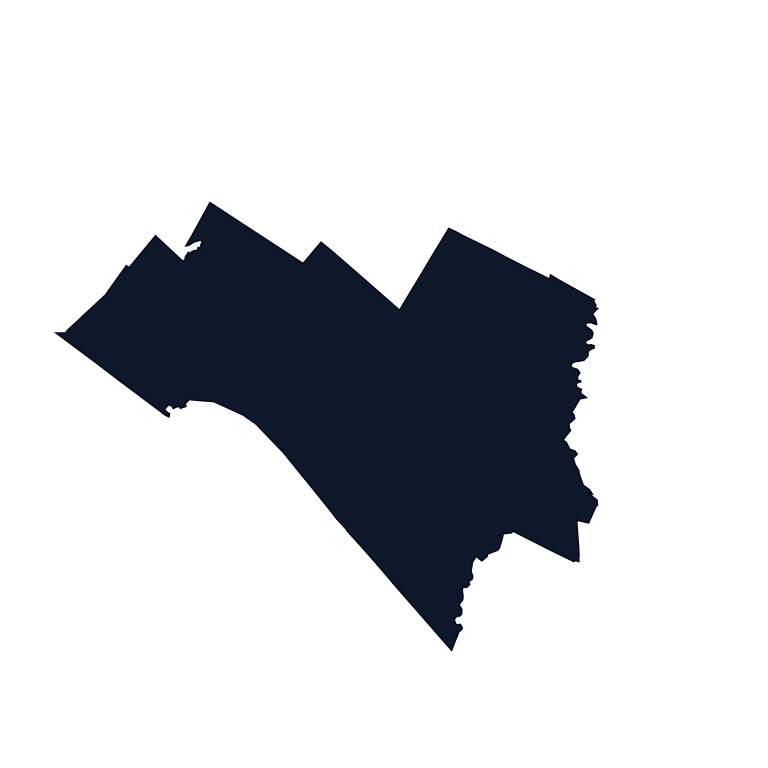 outline of Ungheni, Arges, Romania, rotated 49°
{"feature_id": "2599482B46615052617828", "entity_name": "Ungheni", "entity_type": "district", "adm_level": 2, "iso_a3": "ROU", "parent_name": "Romania", "parent_adm1": "Arges", "projection": "equal_earth", "projection_center": [24.938, 44.514], "detail": "fine", "context": "isolated", "style": "filled", "palette": "ink", "viewbox_px": 768, "rotation_deg": 49, "n_neighbors": 0, "source": "geoboundaries", "source_scale": "gbopen_adm2", "svg_char_len": 3374}
<svg xmlns="http://www.w3.org/2000/svg" viewBox="0 0 768 768"><g transform="rotate(49 384 384)"><path d="M629.4,507.7L626.6,502.6L622.9,495.5L622.7,494.7L621.0,491.6L620.2,490.8L620.3,489.7L620.0,485.5L617.4,484.2L615.2,484.4L613.9,487.0L611.4,487.2L607.9,485.5L607.1,482.5L607.8,480.3L608.9,479.0L608.5,476.2L605.0,473.1L600.7,472.5L599.2,470.5L598.8,466.9L597.1,464.5L594.2,462.4L591.0,460.2L589.6,458.6L589.9,456.8L591.0,456.0L591.8,454.1L591.5,450.8L588.7,449.8L589.1,445.2L587.1,443.0L582.5,441.3L576.4,433.9L575.0,428.8L574.5,427.5L581.7,426.2L581.8,419.5L580.3,417.2L583.9,407.6L583.9,407.4L583.6,404.6L577.2,394.7L575.2,392.4L580.0,385.3L579.4,383.3L620.0,366.8L642.5,357.2L642.8,355.3L645.8,353.4L643.2,351.3L641.5,349.4L634.7,344.1L613.1,327.9L617.2,325.0L623.1,320.7L615.1,303.5L615.6,302.6L611.5,299.4L603.9,300.9L600.3,301.3L603.8,299.0L598.9,298.3L591.0,300.0L581.1,296.2L576.8,293.6L570.2,292.6L564.2,289.9L563.7,284.1L559.6,283.9L555.3,286.6L547.5,284.7L543.7,285.8L542.6,280.2L541.4,273.6L539.1,273.3L535.3,270.5L535.2,262.6L531.1,260.7L528.8,261.4L523.7,245.8L527.0,240.2L522.6,241.1L520.7,241.9L518.5,240.1L517.6,238.6L516.0,239.1L513.8,240.5L510.5,239.4L509.7,237.7L511.5,234.2L510.5,233.5L508.3,235.4L505.5,233.3L504.0,228.9L500.0,228.4L494.2,231.8L491.6,229.1L492.2,225.9L494.7,221.8L497.2,217.7L496.7,211.8L493.2,208.3L493.7,204.2L494.8,202.0L493.1,200.3L490.1,202.0L489.0,204.2L486.1,205.2L483.9,204.1L485.4,196.9L483.0,193.1L479.7,192.1L472.8,193.8L470.5,191.5L473.3,187.6L478.5,184.7L477.9,183.8L473.5,181.6L470.7,181.1L468.0,180.9L467.7,179.6L467.8,178.8L467.5,177.5L467.1,173.2L464.4,175.2L463.7,172.4L459.3,171.6L458.4,170.4L458.3,170.0L421.4,183.4L410.9,186.8L413.5,190.1L391.8,199.3L369.0,208.5L354.6,214.0L322.4,227.7L318.4,229.0L317.7,229.3L309.1,233.0L319.2,264.6L325.1,282.4L330.5,299.3L338.5,323.9L331.3,324.8L308.7,327.9L296.7,329.5L269.0,333.4L248.4,336.3L235.7,338.5L240.0,366.1L239.3,366.2L212.4,373.8L187.2,381.0L173.9,384.7L173.9,384.8L161.6,388.2L161.1,388.4L134.7,395.8L132.9,396.4L140.1,415.7L146.2,432.3L149.7,442.9L151.1,440.8L151.6,438.5L151.8,436.1L152.7,432.9L155.3,427.7L159.5,428.9L159.5,429.2L159.1,429.7L158.6,429.6L158.3,429.8L158.8,431.0L159.9,431.6L160.5,432.5L160.2,433.3L161.2,433.8L161.8,433.9L159.6,434.1L159.0,434.9L160.1,436.0L160.7,437.1L159.9,438.0L159.8,438.6L158.5,440.2L160.0,441.1L159.6,442.4L158.5,441.8L158.0,441.9L158.5,443.6L158.4,444.5L157.1,444.9L156.6,444.8L156.3,445.9L157.0,446.8L157.6,447.2L157.8,448.1L157.6,448.2L157.1,448.0L156.8,448.4L157.5,449.3L158.9,449.1L159.6,448.9L159.7,449.4L159.3,449.9L158.4,450.3L157.9,450.8L160.2,453.1L160.3,453.9L158.6,454.9L158.4,455.5L147.1,456.6L122.2,459.2L129.0,500.1L125.6,500.8L131.4,524.9L134.4,537.2L134.1,537.3L135.1,567.5L135.4,573.2L135.7,586.2L136.4,591.1L130.4,598.0L177.3,587.8L209.3,581.2L245.8,573.3L264.2,569.4L267.7,567.9L265.7,565.3L264.0,566.0L259.0,566.4L258.4,559.9L262.2,558.5L264.2,559.2L265.2,555.5L267.0,553.0L268.7,553.6L271.0,548.2L268.4,546.9L268.0,541.7L268.3,540.9L275.3,534.2L285.6,524.0L316.0,510.2L317.1,510.2L329.9,506.9L369.5,504.9L395.4,505.8L419.5,506.6L440.4,507.4L455.7,508.2L456.3,508.1L467.9,507.8L468.8,507.4L470.1,508.2L483.4,507.9L499.6,507.7L516.1,507.6L527.8,507.7L543.5,507.9L547.4,507.9L559.3,507.9L574.7,507.8L590.2,507.8L608.9,507.8L629.4,507.7Z" fill="#0f172a" stroke="#020617" stroke-width="1.5"/></g></svg>